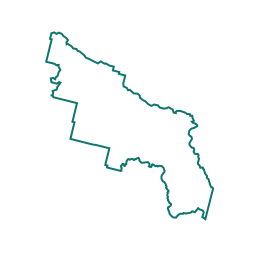 the district of Sanders, Montana, United States of America, rotated 194°
{"feature_id": "52423323B19966710463863", "entity_name": "Sanders", "entity_type": "district", "adm_level": 2, "iso_a3": "USA", "parent_name": "United States of America", "parent_adm1": "Montana", "projection": "natural_earth1", "projection_center": [-115.304, 47.691], "detail": "fine", "context": "isolated", "style": "outline", "palette": "teal", "viewbox_px": 256, "rotation_deg": 194, "n_neighbors": 0, "source": "geoboundaries", "source_scale": "gbopen_adm2", "svg_char_len": 4110}
<svg xmlns="http://www.w3.org/2000/svg" viewBox="0 0 256 256"><g transform="rotate(194 128 128)"><path d="M30.9,58.3L30.9,70.4L30.8,75.2L30.8,76.8L30.8,78.2L30.9,79.0L30.8,87.0L30.8,90.0L31.9,90.8L32.8,90.6L35.1,93.5L35.2,94.1L36.4,95.8L37.0,97.1L37.7,98.0L39.1,98.4L39.5,98.9L39.7,100.5L42.2,102.6L44.6,106.4L45.4,106.6L45.6,107.3L46.1,107.8L48.2,106.9L48.9,107.8L49.3,108.8L51.3,109.9L51.9,111.7L51.7,112.5L51.7,115.5L52.5,116.1L53.0,117.6L53.0,118.7L53.4,119.4L54.1,119.8L56.3,119.0L57.0,119.3L58.6,120.9L58.4,122.9L59.0,123.9L59.4,124.4L60.4,124.5L61.0,124.3L62.6,125.2L63.9,126.2L64.7,127.4L64.3,129.7L63.3,132.8L64.0,134.5L65.7,135.4L66.2,135.4L67.7,136.9L67.8,140.1L66.5,142.6L64.8,143.5L63.9,144.1L61.3,146.5L61.6,147.6L62.9,148.2L65.3,148.8L66.4,148.7L67.5,149.6L66.0,150.2L65.9,151.2L67.7,153.1L68.6,155.4L68.9,155.5L70.5,154.9L71.2,156.3L72.4,156.3L73.9,155.8L74.4,156.1L76.1,156.7L81.0,157.2L84.5,156.6L85.5,155.4L85.2,154.0L87.5,154.0L89.0,156.7L93.8,157.9L95.3,156.5L98.2,155.4L102.2,155.5L104.3,157.2L108.2,157.1L110.7,155.1L114.1,156.0L117.9,158.3L119.9,158.5L123.7,160.3L124.5,162.3L126.8,163.6L130.9,163.0L135.4,165.5L137.2,164.7L138.7,166.5L142.3,167.3L143.4,170.1L143.4,178.3L150.0,178.3L150.0,180.2L156.6,180.2L156.6,184.1L161.3,184.1L165.1,185.3L166.1,184.7L170.6,186.0L172.8,183.4L178.1,184.5L182.6,185.6L185.8,186.0L188.0,187.9L193.3,190.5L195.7,190.7L197.2,192.2L200.4,191.9L202.6,193.7L206.9,195.0L207.7,194.4L208.5,196.4L207.5,198.8L209.9,200.5L213.1,201.7L214.5,203.1L214.8,203.1L215.1,203.2L215.3,203.3L215.9,203.5L216.2,203.5L216.4,203.5L216.5,203.5L216.9,203.6L217.2,203.7L217.5,203.7L217.8,203.7L218.2,203.8L220.1,202.0L222.6,202.9L225.2,201.5L225.2,195.6L223.5,195.6L223.4,172.5L214.5,172.5L212.7,171.6L210.6,172.4L210.7,171.3L207.7,168.0L208.7,165.6L209.0,161.2L210.4,159.7L210.5,157.7L212.7,158.4L214.9,157.5L213.3,153.9L207.9,153.8L205.9,155.9L204.5,155.6L206.5,150.6L206.6,147.9L210.1,145.7L209.1,144.1L209.0,142.1L210.8,140.6L208.9,141.5L207.9,139.8L183.5,139.8L183.4,120.6L181.3,120.6L181.3,114.8L181.2,103.5L158.9,103.4L154.5,103.8L141.2,103.8L141.1,86.6L138.9,86.6L138.9,84.6L137.8,84.6L135.8,84.6L131.1,84.6L127.9,84.6L124.6,84.6L124.0,85.0L124.2,85.4L124.4,85.8L124.5,86.6L124.4,87.6L124.9,88.2L125.4,88.7L125.7,89.3L125.5,89.8L124.9,90.3L124.8,91.0L124.6,91.8L124.2,92.0L123.5,92.0L123.2,91.3L122.6,90.5L122.1,90.3L121.8,90.6L122.0,90.9L121.9,91.7L121.4,92.4L121.0,92.4L121.0,93.0L121.1,93.3L121.3,94.0L121.3,94.5L121.2,95.0L121.3,95.5L121.1,96.2L120.8,97.0L120.6,97.4L120.4,97.8L120.0,97.9L119.5,97.8L119.0,98.0L118.7,97.7L118.2,98.0L117.7,98.3L117.2,98.7L116.4,99.1L115.8,99.0L115.1,98.5L114.1,98.5L113.9,99.0L113.9,99.3L113.4,99.6L112.7,99.8L112.0,100.6L111.5,101.1L111.1,101.3L110.6,101.5L110.1,101.1L109.5,100.5L109.2,99.7L108.8,98.9L107.8,98.4L107.1,97.7L106.3,97.6L105.1,97.9L104.0,98.3L103.0,98.7L101.9,99.2L100.4,99.7L99.3,99.0L98.4,98.3L98.2,97.4L98.3,96.5L98.5,95.9L97.8,95.6L97.0,95.7L96.1,95.8L95.9,96.4L95.8,96.9L95.8,97.7L95.8,98.3L95.3,98.7L94.9,98.6L93.6,98.2L92.2,97.6L91.3,98.0L91.2,98.2L90.5,98.2L90.1,97.9L89.5,98.0L89.3,98.2L88.6,98.8L87.5,99.1L86.1,99.1L85.2,98.7L84.3,98.1L83.7,97.6L83.2,96.8L82.7,96.0L82.1,95.3L82.0,94.5L82.3,93.7L82.9,92.8L83.1,91.8L83.5,90.9L83.7,90.0L83.9,89.3L83.7,88.7L83.5,87.8L83.3,87.2L83.1,86.8L82.8,86.5L82.6,86.0L82.2,85.6L81.6,85.1L81.0,84.6L80.5,84.5L79.6,84.3L79.0,83.8L78.7,83.4L78.2,82.9L77.6,82.4L77.5,81.8L77.4,81.5L76.8,81.1L76.4,80.6L76.5,80.0L76.7,79.4L76.5,79.0L75.7,78.6L75.4,78.3L74.8,77.7L74.2,77.4L73.7,77.0L73.5,76.7L73.4,76.3L73.6,76.3L73.9,75.7L74.1,75.0L73.6,74.4L73.7,73.8L73.7,72.8L73.4,72.1L73.2,71.4L72.5,70.7L72.8,69.4L72.0,68.5L71.6,68.0L71.7,67.5L71.2,67.0L70.6,66.6L70.1,65.8L69.7,65.3L68.6,65.1L67.8,64.7L67.7,63.7L67.8,63.2L68.2,62.7L68.8,61.8L69.1,61.3L69.6,61.2L69.8,61.0L69.9,60.8L69.9,60.0L69.9,59.5L69.3,58.8L68.9,58.0L68.4,57.4L67.9,57.1L67.3,55.4L65.3,53.5L62.7,52.2L59.8,52.6L58.6,55.2L56.8,57.4L53.8,58.1L53.5,59.0L51.0,59.0L46.3,61.3L45.6,62.7L42.6,62.5L40.5,67.2L39.1,66.4L35.5,66.0L34.1,64.5L34.3,59.6L30.9,58.3Z" fill="none" stroke="#0f766e" stroke-width="2"/></g></svg>